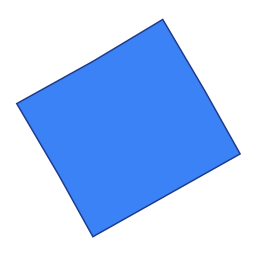 outline of Shiawassee, Michigan, United States of America, rotated 241°
{"feature_id": "52423323B51018446031441", "entity_name": "Shiawassee", "entity_type": "district", "adm_level": 2, "iso_a3": "USA", "parent_name": "United States of America", "parent_adm1": "Michigan", "projection": "albers", "projection_center": [-84.175, 42.954], "detail": "fine", "context": "isolated", "style": "filled", "palette": "blue", "viewbox_px": 256, "rotation_deg": 241, "n_neighbors": 0, "source": "geoboundaries", "source_scale": "gbopen_adm2", "svg_char_len": 270}
<svg xmlns="http://www.w3.org/2000/svg" viewBox="0 0 256 256"><g transform="rotate(241 128 128)"><path d="M49.9,44.6L50.0,49.6L51.0,213.5L123.2,213.2L206.1,211.0L203.3,130.1L203.3,42.5L119.8,44.6L49.9,44.6Z" fill="#3b82f6" stroke="#1e3a8a" stroke-width="1.5"/></g></svg>